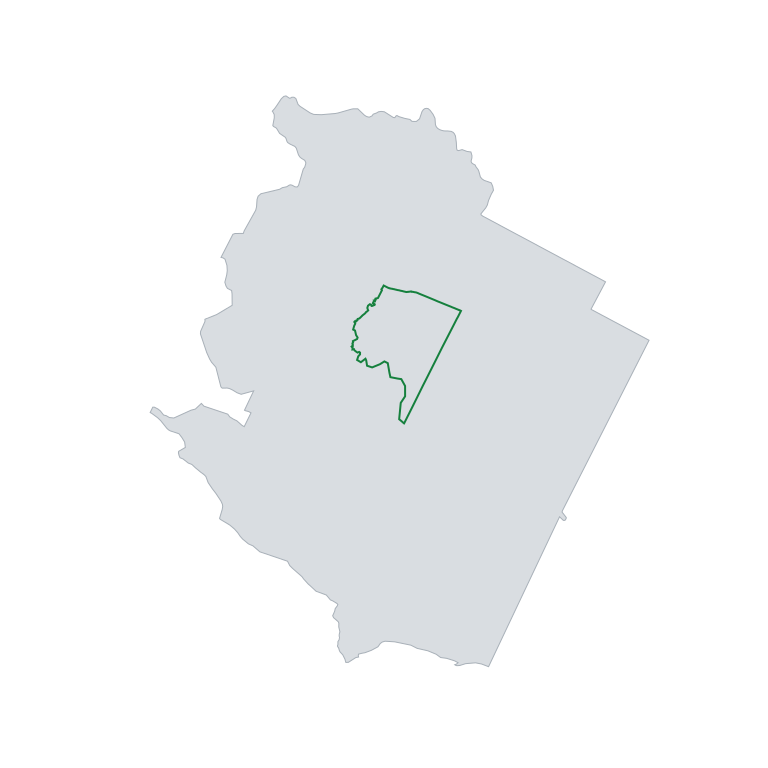 Soudari, North Kordufan, Sudan shown in context, rotated 117°
{"feature_id": "16777658B52132204049815", "entity_name": "Soudari", "entity_type": "district", "adm_level": 2, "iso_a3": "SDN", "parent_name": "Sudan", "parent_adm1": "North Kordufan", "projection": "orthographic", "projection_center": [27.862, 15.17], "detail": "fine", "context": "in_parent", "style": "outline", "palette": "green", "viewbox_px": 768, "rotation_deg": 117, "n_neighbors": 0, "source": "geoboundaries", "source_scale": "gbopen_adm2", "svg_char_len": 7368}
<svg xmlns="http://www.w3.org/2000/svg" viewBox="0 0 768 768"><g transform="rotate(117 384 384)"><path d="M515.6,579.4L509.6,579.5L508.9,578.1L508.9,574.1L509.5,571.1L511.7,566.3L511.1,563.7L511.3,560.0L509.7,555.8L494.9,544.0L492.0,540.7L484.2,537.9L485.5,534.4L481.8,509.5L483.3,506.6L483.7,502.2L483.6,498.4L485.3,491.9L485.5,489.2L470.1,489.4L470.0,492.2L470.7,495.2L470.7,496.4L449.3,497.0L458.0,506.6L458.5,510.9L458.1,516.2L458.2,519.7L458.8,521.9L461.1,526.2L461.0,527.1L460.5,528.1L445.4,541.4L442.9,547.5L440.9,550.7L436.5,556.2L422.7,570.3L420.4,571.3L409.8,571.9L408.7,572.3L407.9,572.9L407.4,572.8L398.2,564.7L382.8,555.0L372.7,560.3L369.9,562.2L369.9,566.9L368.4,569.3L365.6,572.0L358.1,573.7L354.2,575.1L349.6,577.8L345.0,582.3L344.7,584.6L345.2,586.7L319.2,586.6L317.5,585.0L313.7,577.7L311.0,578.1L287.4,577.2L284.0,578.0L277.2,580.9L273.8,581.4L270.3,580.0L257.9,565.4L255.2,563.7L252.4,560.2L249.8,558.7L248.9,557.6L248.6,556.0L248.7,552.8L247.9,550.8L245.9,550.3L229.2,553.5L226.8,553.1L223.3,553.7L222.1,554.3L220.7,556.2L220.4,560.1L219.9,562.1L218.6,564.3L213.8,569.1L212.8,571.2L212.9,576.7L212.6,579.4L211.9,580.6L209.8,582.7L209.0,583.9L208.1,590.8L205.5,594.9L204.8,596.4L204.7,599.4L204.2,600.4L196.7,602.6L193.8,604.1L192.1,606.4L191.6,607.4L188.4,606.5L184.3,605.9L176.4,605.0L173.2,603.8L171.8,602.1L172.3,597.9L171.5,597.0L170.3,596.3L169.4,594.4L169.6,592.2L173.9,587.5L174.7,584.9L176.0,572.8L175.7,569.0L172.5,562.1L165.1,550.2L163.3,547.9L154.0,537.9L152.9,536.5L150.7,532.3L153.4,523.4L153.6,520.9L153.0,518.3L150.6,516.4L148.5,516.1L145.8,513.6L144.0,512.5L142.4,510.3L141.3,507.3L142.3,496.8L141.8,495.3L139.4,494.9L138.9,494.1L139.0,492.1L137.9,486.0L136.5,481.0L137.3,478.3L135.4,474.4L131.6,472.7L124.1,473.8L121.8,473.5L120.2,472.7L119.1,471.3L118.6,469.7L119.2,467.2L121.4,462.8L124.1,459.2L129.6,455.9L131.1,454.2L131.9,452.2L132.1,449.9L131.8,447.5L131.2,445.3L129.7,442.3L128.4,438.8L128.4,436.6L129.1,434.9L130.6,432.9L136.0,429.2L141.5,426.0L142.5,424.9L142.2,423.5L139.7,420.8L139.1,415.6L137.8,411.9L140.6,409.3L142.7,408.3L145.9,407.6L147.1,406.5L147.5,404.3L147.5,402.2L148.7,400.7L150.3,397.4L151.6,395.9L155.8,392.1L156.8,389.6L157.1,387.2L156.1,379.8L158.6,376.8L161.7,374.4L166.1,374.6L172.9,374.2L177.6,373.2L180.9,373.3L188.4,374.9L189.2,374.3L189.6,372.3L192.4,233.0L223.1,233.5L223.5,233.3L224.7,167.7L415.7,167.5L417.3,167.2L420.2,161.0L421.4,160.6L423.4,160.9L424.1,162.3L422.6,167.3L588.4,162.5L589.2,170.0L590.9,175.9L596.1,184.3L600.4,188.7L601.9,191.2L602.1,192.4L602.0,193.5L600.7,192.3L598.7,191.5L598.6,195.5L600.0,203.7L602.0,209.4L601.1,214.8L601.8,223.8L604.5,234.5L604.5,241.5L608.9,257.5L612.7,266.3L614.7,268.4L616.9,269.5L620.9,270.1L627.1,274.4L632.1,279.0L633.9,281.4L636.3,284.1L637.9,283.5L638.8,282.7L640.5,284.9L648.2,289.4L649.4,291.6L646.9,293.9L644.0,297.8L642.7,301.4L641.9,302.6L639.5,304.9L639.2,306.0L638.1,306.7L637.0,306.8L634.5,308.1L632.2,307.9L629.9,308.6L629.0,309.5L627.2,310.3L624.8,310.8L621.0,314.0L617.7,315.6L616.6,316.8L615.1,322.8L613.8,324.5L608.8,324.8L606.3,325.5L602.9,324.9L601.3,325.1L600.9,326.4L600.5,331.5L600.7,333.7L598.2,339.6L599.5,350.4L597.1,358.7L596.7,360.5L594.2,367.1L592.9,369.6L589.8,381.8L588.6,385.5L585.7,389.5L589.9,418.4L587.7,427.3L588.0,432.2L586.4,439.4L585.1,442.8L582.9,446.8L581.1,451.4L579.7,457.3L578.9,468.5L578.4,469.5L569.2,471.2L566.4,472.1L564.5,473.4L562.2,476.3L557.7,484.3L555.4,489.2L551.7,495.9L547.3,500.7L546.5,503.0L545.8,507.2L544.3,513.9L542.9,518.7L543.3,522.5L542.0,529.1L542.3,532.3L540.8,534.1L538.7,535.9L537.2,536.4L530.7,532.2L526.2,535.3L523.5,539.7L521.4,544.1L522.8,553.1L522.7,555.1L522.1,557.3L518.0,566.4L516.8,570.5L515.6,577.7L515.6,579.4Z" fill="#d9dde1" stroke="#a8b0b8" stroke-width="1"/><path d="M337.8,348.7L325.3,348.8L301.4,348.7L299.3,348.7L298.7,348.7L296.0,348.7L294.9,348.7L293.8,348.7L292.9,348.7L290.8,348.6L289.0,348.6L288.4,348.6L287.7,348.6L285.7,348.6L285.0,348.6L284.8,348.6L284.7,348.6L284.3,348.6L284.2,348.6L283.9,348.6L283.9,348.8L283.9,349.1L283.9,349.3L283.9,349.8L284.0,349.9L284.0,350.1L284.0,350.9L284.1,351.0L284.1,351.6L284.2,352.5L284.2,353.0L284.3,353.6L284.4,355.5L284.7,358.2L284.7,358.9L285.2,364.4L285.8,371.5L286.0,373.5L286.2,376.9L287.0,387.1L287.5,392.9L287.6,394.1L287.6,394.4L287.6,394.5L287.6,395.1L287.7,395.5L287.7,395.9L287.7,396.3L287.8,396.6L287.9,397.2L288.3,398.3L288.5,399.1L288.6,399.5L288.7,399.9L288.8,400.0L289.0,400.8L289.1,401.0L289.2,401.4L289.2,401.6L289.3,401.6L289.3,401.9L289.4,402.1L289.7,402.4L289.8,402.6L290.1,403.0L290.2,403.3L290.4,403.6L290.6,403.8L290.8,404.1L290.9,404.3L291.0,404.4L291.0,404.5L291.4,405.1L291.6,405.3L291.8,405.6L291.9,405.9L292.0,406.1L292.1,406.7L292.2,406.9L292.4,407.8L292.7,408.9L292.7,409.1L292.8,409.6L293.0,410.3L293.1,410.7L293.2,411.1L293.3,411.3L293.6,412.8L293.7,413.2L294.1,414.4L294.3,415.2L294.5,416.2L294.7,416.8L294.9,417.9L295.2,418.8L295.3,419.1L295.4,419.8L295.6,420.3L295.8,420.9L295.9,421.3L296.0,421.6L296.0,421.8L296.1,422.0L296.2,422.5L296.2,422.8L296.3,422.9L296.3,423.1L296.3,423.3L296.3,423.5L296.4,423.8L296.4,424.0L296.4,424.5L296.4,425.0L296.4,425.6L296.4,425.8L296.4,426.1L296.4,426.4L296.4,426.5L296.4,427.0L296.4,427.4L296.4,427.6L296.4,427.9L296.4,428.3L296.4,428.6L296.4,428.9L296.4,429.0L297.7,429.0L297.8,429.0L298.7,429.0L298.9,429.0L299.0,429.1L299.4,429.1L299.5,429.1L299.8,429.1L300.0,429.1L300.6,429.2L300.8,429.3L301.4,428.4L301.6,428.4L301.8,428.4L302.5,428.4L302.8,428.4L303.3,428.4L304.7,428.4L304.8,428.4L305.3,428.4L306.0,428.4L306.5,428.4L306.8,428.4L308.3,428.4L309.6,428.4L309.8,428.4L310.1,428.4L310.2,428.5L310.6,428.9L310.8,429.2L311.4,429.9L311.8,430.4L312.3,430.3L312.8,430.1L313.0,430.0L313.4,430.2L313.5,430.3L313.5,430.2L313.4,430.1L313.1,429.7L314.6,429.6L314.7,429.9L314.7,430.0L314.8,430.1L314.7,430.1L314.4,430.0L314.3,429.9L314.2,430.0L314.3,430.1L314.5,430.3L314.9,430.5L316.2,430.7L316.3,430.7L317.1,430.5L317.3,429.7L317.1,429.2L317.1,428.9L317.1,428.7L317.2,428.4L317.6,428.3L317.9,428.3L318.0,428.4L318.1,428.5L318.3,428.7L318.5,428.9L318.8,429.1L319.1,429.4L319.8,430.0L320.0,430.3L320.1,430.5L319.9,430.7L319.7,430.7L319.7,430.8L319.7,431.0L319.5,431.3L319.3,431.5L319.2,431.7L319.3,432.4L319.3,432.8L319.7,433.0L321.5,433.8L323.8,433.4L324.7,432.5L325.0,432.2L325.6,431.5L327.4,432.2L327.6,432.4L327.9,432.6L329.2,432.8L329.3,432.8L330.2,433.2L330.3,433.2L332.2,434.1L333.1,434.5L333.5,434.5L333.9,434.7L334.5,434.9L335.5,435.2L335.8,435.4L336.3,435.5L336.6,435.6L336.8,435.7L338.0,437.0L338.5,437.0L339.0,436.7L339.3,437.0L340.1,437.0L340.3,437.5L340.7,437.3L341.0,437.3L341.4,438.0L341.5,438.3L341.5,438.5L342.2,438.6L342.7,437.7L343.3,437.0L344.6,437.0L345.5,437.0L349.5,436.2L349.5,434.1L353.1,431.1L354.6,428.6L356.1,428.4L358.5,430.1L359.9,431.2L361.2,430.3L361.8,430.6L362.6,430.4L363.1,429.6L364.5,429.0L364.8,429.7L365.4,429.9L365.7,429.2L366.1,428.4L367.6,427.8L366.6,426.6L367.4,425.6L367.9,423.1L368.0,421.8L366.7,420.7L366.9,419.6L368.5,418.8L371.0,419.5L374.8,418.9L375.1,414.5L369.9,412.0L371.0,410.6L375.4,407.4L374.6,402.1L368.2,396.6L363.7,393.9L363.7,390.1L371.6,384.2L375.0,381.4L373.0,374.4L371.8,370.8L376.2,364.3L385.4,359.6L393.2,360.5L408.5,354.5L409.1,351.8L409.5,350.2L410.0,348.3L410.0,348.2L393.6,348.3L383.3,348.4L367.6,348.6L360.1,348.6L337.8,348.7Z" fill="none" stroke="#15803d" stroke-width="2"/></g></svg>